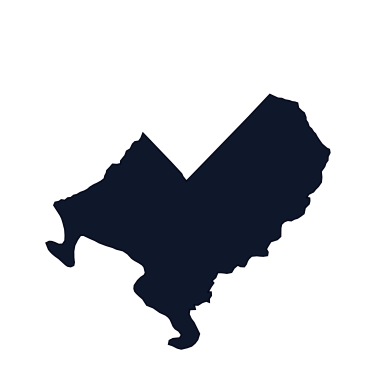 Tapira, Paraná, Brazil (Mercator projection), rotated 218°
{"feature_id": "56859067B14009728916409", "entity_name": "Tapira", "entity_type": "district", "adm_level": 2, "iso_a3": "BRA", "parent_name": "Brazil", "parent_adm1": "Paraná", "projection": "mercator", "projection_center": [-53.135, -23.338], "detail": "fine", "context": "isolated", "style": "filled", "palette": "ink", "viewbox_px": 384, "rotation_deg": 218, "n_neighbors": 0, "source": "geoboundaries", "source_scale": "gbopen_adm2", "svg_char_len": 2585}
<svg xmlns="http://www.w3.org/2000/svg" viewBox="0 0 384 384"><g transform="rotate(218 192 192)"><path d="M292.7,96.5L281.5,92.6L278.4,91.1L274.8,88.6L269.1,84.2L265.1,79.7L262.1,75.5L261.8,71.1L264.8,68.6L269.0,67.6L271.9,66.6L274.1,65.1L275.6,62.0L269.6,58.5L266.5,57.8L263.8,57.5L260.4,57.4L255.7,57.6L246.7,56.9L244.2,57.1L241.6,58.5L240.1,61.3L241.4,63.9L245.0,67.6L246.8,69.9L248.7,72.2L251.6,77.6L252.9,83.8L253.2,89.2L250.9,91.2L243.4,92.9L238.8,94.1L233.9,94.9L226.6,97.2L220.4,99.6L216.6,100.5L210.2,103.3L204.6,103.7L198.6,102.7L195.0,102.9L190.3,103.7L186.1,104.0L183.4,103.3L178.9,99.7L178.4,97.1L179.7,93.2L180.3,88.9L179.9,83.0L178.2,80.2L176.0,78.6L173.3,78.0L168.8,77.6L165.1,77.5L157.9,75.0L151.3,77.0L143.3,77.4L137.0,78.9L133.5,78.9L130.6,78.2L124.0,74.6L121.0,73.9L116.8,74.3L112.3,73.0L111.8,69.4L116.7,64.7L118.4,61.0L116.7,57.6L113.0,59.0L107.5,60.1L103.8,61.7L100.0,66.5L97.5,70.4L96.6,74.8L96.7,79.2L98.8,84.8L110.0,90.2L114.7,91.5L119.1,93.8L121.5,98.0L117.2,101.6L120.7,104.3L117.6,106.7L115.9,111.4L113.6,114.9L110.5,115.8L112.8,118.6L113.0,122.2L115.3,124.9L117.8,123.1L118.7,129.5L118.9,133.7L121.6,134.2L120.7,139.2L122.2,144.4L119.7,146.3L117.6,147.7L114.5,149.5L111.4,153.1L112.0,157.9L111.0,162.6L107.9,163.2L104.8,165.4L104.9,168.5L105.9,171.7L106.2,174.4L105.6,178.2L101.7,181.9L99.5,183.2L96.3,185.4L93.5,188.4L95.1,191.4L98.3,192.7L98.9,196.6L99.4,201.4L97.4,204.3L95.5,207.1L94.8,211.5L97.4,214.9L99.8,218.1L101.6,221.6L101.0,225.6L99.1,228.7L96.1,230.5L94.8,233.6L92.8,236.4L91.6,239.8L90.5,243.9L93.1,249.1L92.4,254.7L93.8,257.5L95.6,259.6L98.2,258.3L98.7,262.1L96.4,266.9L96.4,270.3L95.9,274.0L96.2,279.3L99.0,283.6L102.9,287.7L103.2,293.8L104.4,297.1L104.5,300.6L106.7,303.7L107.5,307.8L110.0,310.1L112.6,309.4L116.0,309.6L118.8,309.7L123.0,310.9L127.7,312.5L130.5,313.8L133.4,314.1L136.6,315.3L140.1,315.5L143.4,317.8L146.5,318.8L148.2,320.9L152.3,323.4L155.4,323.3L159.9,323.8L163.6,327.1L166.3,326.1L168.6,324.7L171.3,323.9L175.3,321.8L178.7,321.0L182.0,318.8L187.9,317.4L190.7,316.8L193.1,291.1L193.7,284.6L203.1,197.1L208.7,198.5L211.4,199.9L226.9,202.4L230.4,202.9L266.9,208.2L265.3,203.0L265.2,199.2L267.9,196.4L268.3,193.2L267.1,187.9L268.7,183.9L267.2,179.6L267.3,176.1L267.3,172.6L265.6,170.4L268.0,167.4L271.7,164.9L271.8,161.1L272.3,156.6L271.1,154.2L270.6,151.3L269.3,148.5L270.2,144.7L271.9,140.7L273.8,137.0L275.3,132.9L275.9,129.8L277.3,126.5L279.7,122.7L281.1,119.0L283.1,116.6L284.0,112.8L286.2,110.9L287.0,107.1L290.2,105.3L290.9,102.7L293.5,99.6L292.7,96.5Z" fill="#0f172a" stroke="#020617" stroke-width="1.5"/></g></svg>